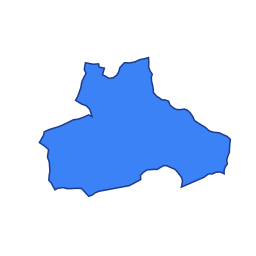 the district of São Patrício, Goiás, Brazil, rotated 70°
{"feature_id": "56859067B14313770509558", "entity_name": "São Patrício", "entity_type": "district", "adm_level": 2, "iso_a3": "BRA", "parent_name": "Brazil", "parent_adm1": "Goiás", "projection": "robinson", "projection_center": [-49.834, -15.366], "detail": "fine", "context": "isolated", "style": "filled", "palette": "blue", "viewbox_px": 256, "rotation_deg": 70, "n_neighbors": 0, "source": "geoboundaries", "source_scale": "gbopen_adm2", "svg_char_len": 1543}
<svg xmlns="http://www.w3.org/2000/svg" viewBox="0 0 256 256"><g transform="rotate(70 128 128)"><path d="M203.9,53.3L200.9,52.3L198.3,50.4L195.8,47.0L191.8,46.2L188.4,43.7L185.4,41.0L180.4,39.0L173.7,35.7L169.9,37.6L166.8,40.9L163.7,43.9L160.9,49.7L158.3,52.8L153.7,55.2L150.4,58.0L147.2,60.4L143.7,63.0L139.6,63.2L135.1,64.3L131.5,66.1L129.4,68.6L128.7,72.5L127.2,76.0L124.8,78.4L120.8,80.7L116.7,80.7L114.3,83.5L113.1,86.5L110.2,88.4L108.0,90.2L103.3,92.0L100.2,91.0L95.5,90.2L92.3,89.9L88.5,88.8L85.7,86.8L82.2,87.7L78.0,87.8L73.4,86.0L68.8,84.6L68.5,89.0L67.8,93.6L68.2,98.9L67.5,103.9L65.4,109.0L68.4,114.9L71.8,117.3L74.5,120.4L75.7,124.6L74.8,129.1L72.4,130.8L69.3,133.7L66.1,131.5L63.7,129.7L61.0,134.2L57.7,133.7L56.1,139.0L52.1,145.7L57.9,149.0L62.4,148.8L65.4,152.3L69.1,155.8L74.2,158.7L81.2,164.5L84.0,167.8L89.4,163.6L92.8,159.6L97.4,157.5L100.8,157.7L104.9,157.9L102.2,160.5L102.7,166.9L102.6,171.7L101.6,176.5L102.9,189.3L103.0,194.0L102.7,198.3L102.5,203.4L103.0,208.1L105.7,209.6L111.4,216.3L116.2,212.7L121.1,210.0L127.7,213.6L133.0,213.6L139.2,215.4L142.1,216.3L145.4,218.2L150.0,220.3L153.0,219.0L161.1,217.8L160.6,214.4L162.0,209.0L164.1,206.1L165.6,202.0L166.8,197.7L168.9,192.4L178.8,188.2L178.7,184.5L177.7,181.0L177.5,177.1L182.6,146.5L180.8,133.6L176.8,132.5L175.0,129.1L173.9,124.3L175.8,117.6L176.9,114.8L175.5,107.5L176.6,104.7L183.0,97.9L187.0,96.3L193.3,94.5L196.9,95.1L201.8,98.1L200.3,73.6L198.7,68.1L200.0,64.5L199.7,60.6L200.9,56.3L203.9,53.3Z" fill="#3b82f6" stroke="#1e3a8a" stroke-width="1.5"/></g></svg>